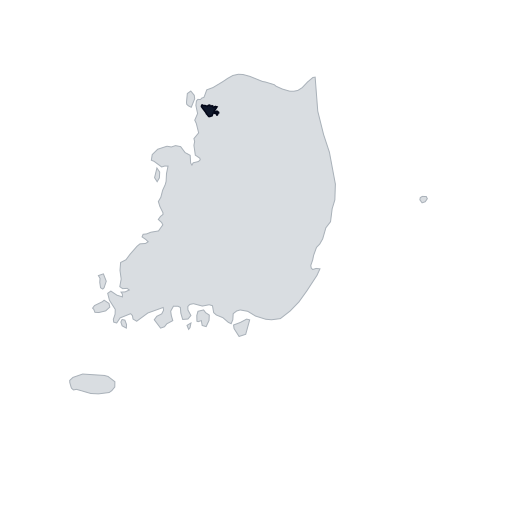 Goyang-si, Gyeonggi, South Korea shown in context, rotated 20°
{"feature_id": "91817680B27371207272645", "entity_name": "Goyang-si", "entity_type": "district", "adm_level": 2, "iso_a3": "KOR", "parent_name": "South Korea", "parent_adm1": "Gyeonggi", "projection": "robinson", "projection_center": [126.873, 37.651], "detail": "fine", "context": "in_parent", "style": "filled", "palette": "ink", "viewbox_px": 512, "rotation_deg": 20, "n_neighbors": 0, "source": "geoboundaries", "source_scale": "gbopen_adm2", "svg_char_len": 4076}
<svg xmlns="http://www.w3.org/2000/svg" viewBox="0 0 512 512"><g transform="rotate(20 256 256)"><path d="M151.1,126.1L152.8,124.8L152.9,122.9L152.9,116.7L158.0,112.4L165.1,103.6L168.6,98.8L172.5,94.3L177.2,91.3L181.7,89.9L188.8,89.3L202.4,89.8L205.1,89.3L214.6,88.8L216.8,89.6L223.7,90.1L231.3,89.6L235.1,88.3L238.7,86.1L241.8,82.1L245.0,74.7L248.4,68.8L250.4,67.7L264.5,98.8L278.0,118.8L289.5,133.4L306.0,161.3L310.9,176.3L311.4,185.5L314.3,198.3L312.0,205.6L312.8,217.1L311.8,223.0L309.9,227.3L309.9,235.7L310.6,240.2L310.7,246.1L312.0,248.4L313.9,249.3L316.8,247.1L320.5,246.2L319.9,253.4L315.7,271.4L312.0,284.6L306.9,296.0L300.3,306.5L292.4,310.6L286.8,312.1L276.1,312.6L267.2,310.8L259.6,312.1L256.6,314.3L254.3,318.0L256.0,323.8L255.8,328.1L252.6,327.8L246.1,325.3L238.9,325.0L235.6,323.7L232.1,317.6L228.7,317.8L222.7,321.4L213.5,322.2L210.3,324.2L209.2,326.8L210.5,330.0L215.2,334.2L213.6,338.5L208.8,340.7L204.9,335.4L202.5,330.2L199.8,329.9L195.6,331.4L194.7,337.0L196.7,340.8L199.9,345.2L195.4,350.2L194.2,353.8L191.0,356.4L182.2,350.7L183.4,346.6L187.2,342.6L187.7,338.6L186.4,336.1L173.9,346.5L166.2,358.1L162.0,357.3L160.3,354.3L157.9,353.1L149.5,360.6L148.0,366.6L144.9,366.8L143.6,364.3L143.5,358.9L142.0,354.3L133.4,347.7L129.4,341.8L131.6,338.6L138.8,340.4L144.5,340.1L143.4,337.4L141.5,336.1L145.3,334.5L148.5,331.3L145.9,330.5L141.9,332.3L138.5,331.4L137.2,323.8L133.1,316.0L131.0,308.4L135.1,304.0L137.1,297.3L140.9,287.5L142.8,284.3L147.9,282.0L149.8,279.5L146.9,278.2L142.4,277.0L142.5,274.2L145.6,272.7L149.1,269.6L155.8,265.8L157.8,258.6L155.9,256.8L151.7,255.1L152.7,251.5L154.4,248.7L153.7,247.1L148.8,242.4L145.6,238.2L146.5,233.4L145.8,226.1L146.3,219.9L146.0,216.6L143.7,209.1L142.6,201.6L139.4,202.7L136.9,204.6L127.8,201.9L124.9,201.8L123.8,196.2L127.1,189.3L134.8,183.3L139.2,182.5L142.6,179.8L147.8,179.0L154.0,183.1L159.7,183.9L162.8,191.0L164.7,192.5L165.1,189.9L169.6,186.9L170.7,184.6L169.7,183.3L164.5,182.0L159.8,173.2L159.2,169.4L157.5,166.9L160.0,159.9L154.6,151.9L152.0,149.3L152.4,142.1L149.5,137.5L148.0,135.0L147.0,130.7L147.8,128.7L150.3,128.0L151.1,126.1ZM132.9,442.7L130.3,444.3L127.8,443.3L127.2,442.6L124.3,438.6L123.5,436.6L125.5,432.7L133.5,426.2L154.4,420.1L158.2,419.8L166.4,422.4L168.1,427.4L166.6,431.7L164.7,434.5L155.2,439.4L147.8,441.7L132.9,442.7ZM273.1,333.1L267.6,337.4L260.2,331.7L258.5,328.5L264.0,323.8L268.8,318.5L271.9,318.2L273.1,333.1ZM233.9,332.6L233.3,339.4L229.2,339.7L226.7,335.4L224.1,337.5L222.8,337.5L220.7,332.1L220.4,327.8L225.2,324.6L228.1,326.5L232.3,327.5L233.9,332.6ZM127.6,362.9L123.9,364.0L121.8,361.6L120.3,360.9L121.2,357.8L127.2,351.6L128.4,349.5L134.0,350.8L136.1,354.0L133.5,359.0L127.6,362.9ZM144.6,129.2L144.3,138.4L141.1,138.0L139.0,137.1L138.1,135.3L135.9,126.8L138.3,123.3L143.0,126.1L144.6,129.2ZM124.1,337.8L123.3,339.5L120.8,339.0L118.2,334.2L117.1,330.4L114.6,328.3L118.7,325.0L123.9,330.9L124.1,337.8ZM138.5,215.6L137.7,220.0L133.9,217.1L132.8,207.2L136.8,210.1L138.5,215.6ZM396.4,147.2L393.9,149.2L390.8,147.2L390.4,145.0L391.9,143.1L395.7,141.9L397.4,143.6L396.4,147.2ZM157.8,364.7L158.8,368.1L154.1,367.4L151.6,364.3L151.9,361.5L154.7,361.1L157.8,364.7ZM218.5,345.9L217.8,348.0L214.9,344.8L217.8,341.2L218.5,345.9Z" fill="#d9dde1" stroke="#a8b0b8" stroke-width="1"/><path d="M160.7,139.3L162.1,140.0L163.0,140.6L163.9,141.1L164.7,140.9L165.4,140.4L165.6,140.1L165.9,139.8L166.6,139.6L166.8,138.8L166.8,137.9L166.8,136.3L167.5,136.1L168.7,136.1L169.4,135.5L169.8,135.4L170.2,136.3L171.0,137.0L171.5,136.7L171.5,135.6L171.5,134.6L172.0,134.3L171.9,134.1L171.7,133.7L170.9,133.6L170.4,133.2L169.6,133.3L168.9,133.8L168.7,134.4L168.1,134.6L167.4,134.6L167.0,134.2L167.1,133.6L167.4,133.0L167.7,132.1L168.4,129.2L167.7,129.3L166.7,129.3L166.0,129.9L165.7,130.9L164.8,130.8L164.1,129.8L163.2,129.8L162.7,130.6L161.8,130.7L161.0,130.0L160.3,130.2L159.5,131.0L159.1,132.0L157.9,132.0L156.6,132.0L155.2,132.6L153.7,132.4L153.5,132.6L153.4,133.3L153.6,134.3L156.3,136.1L158.5,137.5L159.0,137.8L160.7,139.1L160.7,139.3Z" fill="#0f172a" stroke="#020617" stroke-width="1.5"/></g></svg>